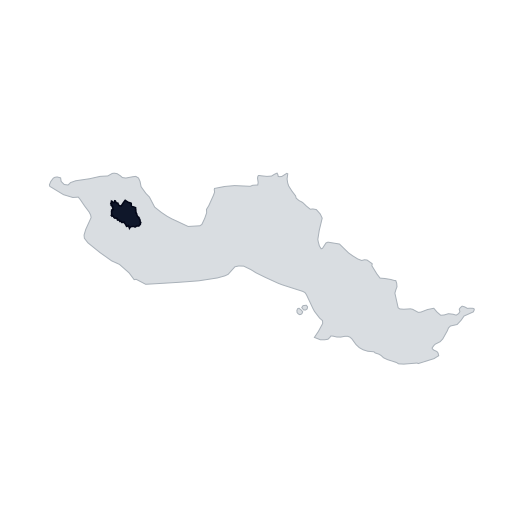 location of Blantyre, Blantyre, Malawi, rotated 123°
{"feature_id": "42251766B636776762176", "entity_name": "Blantyre", "entity_type": "district", "adm_level": 2, "iso_a3": "MWI", "parent_name": "Malawi", "parent_adm1": "Blantyre", "projection": "orthographic", "projection_center": [34.952, -15.681], "detail": "fine", "context": "in_parent", "style": "filled", "palette": "ink", "viewbox_px": 512, "rotation_deg": 123, "n_neighbors": 0, "source": "geoboundaries", "source_scale": "gbopen_adm2", "svg_char_len": 7289}
<svg xmlns="http://www.w3.org/2000/svg" viewBox="0 0 512 512"><g transform="rotate(123 256 256)"><path d="M198.4,297.2L195.5,293.2L193.2,294.2L189.9,297.1L188.2,297.8L187.2,297.8L186.7,297.1L185.9,295.3L183.3,290.2L180.5,286.5L177.5,285.1L175.0,283.5L176.0,281.8L177.2,280.7L176.7,279.5L175.3,277.7L169.9,275.2L169.8,274.1L174.5,271.9L177.5,269.2L179.5,266.7L182.0,261.2L184.0,255.6L185.6,253.8L186.1,250.2L185.7,246.1L186.7,240.9L187.2,235.9L185.6,234.0L184.2,230.7L185.8,225.0L188.2,221.1L200.1,216.9L208.4,213.2L210.2,211.5L213.0,208.4L214.5,205.3L213.4,204.4L206.9,204.4L205.2,203.2L200.5,192.5L203.0,180.1L203.2,175.3L203.1,169.2L202.2,164.9L200.1,163.0L198.9,160.7L199.2,154.3L201.1,153.5L205.2,144.9L207.0,139.9L204.8,135.9L202.3,130.2L201.2,126.6L200.5,125.4L202.2,123.2L205.0,121.0L208.2,120.3L211.5,119.3L222.0,108.6L222.1,106.6L220.2,103.1L216.2,97.7L215.4,95.6L214.9,89.2L213.3,87.2L207.5,83.0L203.0,78.4L204.4,73.8L205.1,68.8L202.9,66.0L199.6,63.2L197.5,59.0L196.6,55.9L194.0,54.7L191.6,54.7L189.9,56.6L188.0,56.5L185.8,55.8L185.0,53.1L184.8,50.2L183.3,48.2L181.7,45.5L181.6,44.1L182.5,43.6L184.5,43.3L193.0,48.8L198.2,49.0L203.9,50.0L208.8,54.8L211.4,55.4L214.6,54.8L223.9,54.2L227.6,54.9L232.4,57.7L234.3,58.1L237.3,58.2L237.8,57.4L238.1,55.7L237.6,52.3L238.2,50.5L240.1,48.5L245.1,50.8L257.8,61.3L258.1,62.7L266.2,73.2L268.8,77.7L268.8,80.1L271.3,89.3L271.9,93.6L271.3,96.9L271.4,99.5L272.4,103.3L272.1,104.9L275.0,110.4L276.3,115.0L276.6,119.5L275.8,123.9L273.3,130.4L272.9,133.0L273.4,135.4L275.1,137.9L277.8,140.7L279.9,144.0L281.3,147.9L282.4,149.7L283.9,149.7L286.6,150.3L288.7,152.6L291.2,156.4L292.1,160.8L292.5,162.7L285.3,162.6L276.3,163.3L274.0,165.0L273.4,168.9L270.6,176.8L269.0,179.7L265.7,185.0L261.0,192.6L260.0,195.0L260.2,197.5L263.0,207.7L265.9,218.4L266.8,222.6L268.9,236.9L270.1,247.0L270.2,252.9L271.2,260.8L273.8,265.1L276.5,267.8L286.6,269.4L289.6,271.3L295.4,276.4L307.9,290.4L314.7,299.3L320.7,307.2L331.5,321.8L339.8,333.1L340.8,343.8L342.2,345.3L339.3,353.2L337.4,365.9L338.7,374.4L338.1,388.8L336.5,404.1L334.6,409.6L332.1,411.6L326.3,413.3L313.6,415.2L311.7,417.0L310.0,419.9L307.4,427.0L304.4,434.1L303.4,437.2L304.0,437.9L306.7,441.5L309.4,450.8L309.9,466.8L308.9,468.0L305.2,468.7L301.1,468.4L299.5,467.5L298.0,465.8L296.9,462.4L299.6,460.0L300.5,455.8L298.8,452.3L295.4,451.5L291.1,448.2L281.8,437.6L274.1,430.1L269.6,423.9L265.0,421.5L263.7,419.9L262.6,417.3L262.6,413.5L263.0,410.8L261.5,407.6L256.9,402.8L254.7,400.2L254.6,397.0L256.6,393.9L260.5,390.1L263.5,382.4L264.6,377.5L270.2,367.6L271.0,359.0L271.1,352.1L270.7,346.9L269.2,336.3L268.2,329.0L261.2,319.5L259.0,318.6L252.4,319.5L246.7,320.9L243.9,322.9L239.6,323.0L228.5,324.7L225.0,325.5L223.0,327.2L221.9,327.6L214.8,320.2L208.6,312.3L200.7,298.8L198.4,297.2ZM279.5,192.0L277.6,192.4L276.4,191.5L276.7,188.5L277.4,186.4L279.3,186.1L280.6,186.6L281.5,187.6L281.5,189.2L281.0,190.8L279.5,192.0ZM275.3,186.7L274.3,189.6L272.0,189.5L269.9,187.0L270.6,185.0L272.6,184.3L274.4,185.1L275.3,186.7Z" fill="#d9dde1" stroke="#a8b0b8" stroke-width="1"/><path d="M293.4,370.6L293.2,370.5L292.9,370.3L292.7,370.5L292.3,370.3L292.2,370.3L291.9,370.6L291.7,370.8L291.6,370.7L291.0,370.8L290.8,370.9L290.6,370.9L290.5,371.1L290.4,371.6L290.1,372.0L289.9,372.3L289.7,372.4L289.3,372.6L289.2,372.6L289.0,372.8L288.9,372.9L288.9,373.1L288.7,373.3L288.3,373.9L288.3,374.0L288.5,374.1L288.2,374.7L287.8,375.3L287.7,375.4L287.4,375.3L287.4,375.8L287.5,375.9L287.5,376.0L287.2,376.8L287.2,377.3L287.1,377.5L286.7,377.8L286.4,378.2L286.0,378.7L285.9,378.8L285.5,379.1L285.5,379.4L285.5,379.5L285.6,380.0L285.1,380.5L285.0,380.4L285.0,380.2L284.9,380.2L284.8,380.4L284.6,380.4L284.5,380.5L284.0,381.1L283.6,381.4L283.6,381.5L283.4,381.8L283.2,381.9L282.9,381.8L282.3,382.3L281.9,382.7L281.5,383.0L281.4,383.2L281.2,383.2L281.2,383.3L281.1,383.5L281.2,384.2L281.3,384.6L281.4,385.0L281.5,385.5L281.8,386.1L282.0,386.8L282.0,387.4L282.0,387.5L281.7,388.1L281.2,388.4L280.8,388.6L280.4,388.8L280.2,389.0L279.8,389.3L279.7,389.6L279.9,390.2L279.9,390.5L280.0,390.8L280.0,391.0L280.3,391.5L280.6,392.4L280.6,392.5L280.5,392.8L280.5,393.3L280.5,393.7L280.6,394.3L280.6,394.5L280.5,395.0L280.5,395.4L280.4,395.9L280.5,396.1L283.5,396.3L287.5,396.3L287.6,396.5L287.8,396.7L287.8,396.8L287.8,397.0L288.0,397.3L288.0,397.6L288.1,398.0L288.2,398.3L288.2,398.5L288.1,398.8L287.7,399.4L287.5,399.8L287.3,400.2L287.2,400.4L287.0,400.6L286.9,400.6L286.9,400.8L287.0,401.0L287.2,400.9L287.2,401.0L287.3,401.2L287.3,401.4L287.4,401.5L287.6,401.7L287.6,401.8L287.5,402.0L287.1,402.7L287.1,402.9L287.0,403.1L287.0,403.3L286.9,403.4L286.8,403.5L286.7,403.6L286.5,403.8L286.5,404.0L286.4,404.2L286.6,404.6L286.9,404.5L287.1,404.4L287.3,404.2L287.6,404.1L287.9,404.1L288.1,404.0L288.3,404.0L288.5,404.2L288.7,404.3L288.8,404.6L288.9,404.8L288.8,405.1L288.9,405.4L288.7,405.7L288.6,405.8L288.6,406.0L288.5,406.3L288.7,406.5L288.7,407.0L289.0,406.8L289.3,406.9L289.5,406.8L289.5,406.7L289.8,406.5L290.0,406.5L290.1,406.4L290.3,406.5L290.7,406.4L290.5,406.2L290.4,406.1L290.4,405.9L290.6,405.8L290.7,405.7L290.9,405.7L291.1,405.7L291.3,405.9L291.4,405.7L291.7,405.6L291.8,405.4L292.0,405.3L292.0,405.2L292.0,404.9L291.9,404.8L292.0,404.7L292.1,404.4L292.2,404.2L292.3,404.3L292.3,404.2L292.5,404.1L292.7,403.9L292.7,403.7L292.7,403.3L292.6,403.2L292.8,403.0L293.0,403.2L293.3,402.9L293.4,402.7L293.5,402.6L293.6,402.8L293.6,402.7L293.8,402.2L294.0,402.0L294.1,401.9L294.3,401.8L294.5,401.5L294.9,401.5L295.0,401.4L295.1,401.6L295.3,401.7L295.3,401.4L295.4,401.5L295.5,401.7L295.7,401.8L295.8,402.0L296.0,402.1L296.2,401.9L296.4,401.9L296.6,401.7L296.8,401.4L297.1,401.5L297.3,401.5L297.5,401.3L297.6,401.2L297.9,401.1L298.0,401.0L298.1,400.9L298.6,400.4L299.0,400.2L299.3,400.1L299.5,400.1L299.7,399.7L299.8,399.7L300.0,399.6L300.4,399.4L300.4,399.2L300.5,399.1L300.5,398.9L300.7,398.7L300.8,398.8L300.8,398.6L301.1,398.4L300.9,398.2L300.7,398.2L300.6,398.3L300.5,398.2L300.4,398.2L300.3,398.3L300.2,398.3L300.1,398.2L300.3,397.8L300.3,397.5L300.4,397.4L300.7,396.5L301.1,396.2L301.1,395.7L301.2,395.3L301.2,395.1L300.9,394.7L300.8,394.8L300.7,394.8L300.5,394.6L300.4,394.5L300.6,394.2L300.6,393.9L300.4,393.6L300.4,393.1L300.2,393.0L300.3,392.8L300.3,392.6L300.4,392.4L300.5,392.4L300.8,392.3L301.0,392.2L301.2,391.9L301.3,391.7L300.5,390.6L300.7,390.3L300.7,390.0L300.7,389.9L300.7,389.7L300.8,389.5L301.0,389.3L301.1,389.2L301.2,388.9L300.8,388.6L300.5,388.1L300.5,387.9L300.6,387.7L300.6,387.4L300.9,387.1L301.0,386.8L301.0,386.7L300.9,386.6L300.7,386.4L300.3,386.0L300.1,385.9L299.9,385.6L299.8,385.4L299.7,385.3L299.8,385.3L300.1,383.8L300.3,383.2L300.7,382.4L301.1,381.7L300.9,381.7L301.1,381.2L301.0,380.7L301.3,380.6L301.5,380.5L301.4,380.4L301.3,380.2L299.9,379.5L300.8,378.5L300.9,378.2L301.2,377.9L301.4,377.5L301.6,377.3L301.7,377.2L301.2,377.2L300.8,377.1L300.2,377.2L299.8,377.1L299.5,376.7L299.3,376.6L298.6,375.7L298.3,375.5L297.8,374.5L297.7,374.3L297.7,374.1L297.7,373.9L297.7,373.5L297.5,373.1L297.2,372.9L297.1,373.0L296.9,372.9L296.7,372.9L296.4,372.8L296.3,372.7L296.2,372.6L295.9,372.6L295.8,372.3L295.7,372.3L295.6,372.1L295.3,371.9L295.3,371.6L295.2,371.4L294.9,371.1L294.8,370.7L294.7,370.6L294.4,370.5L294.2,370.5L293.9,370.7L293.4,370.6Z" fill="#0f172a" stroke="#020617" stroke-width="1.5"/></g></svg>